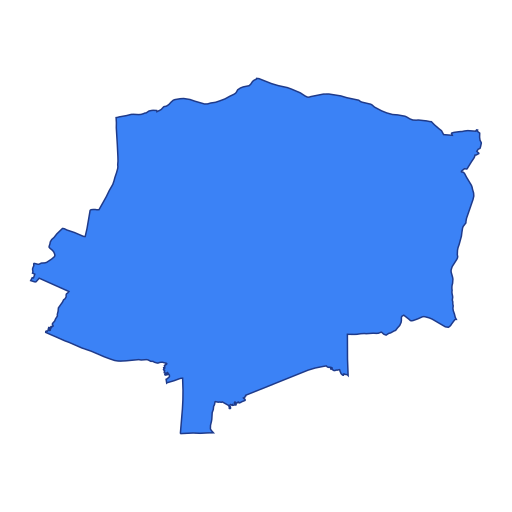 outline of Boghicea, Neamt, Romania
{"feature_id": "2599482B80770086652967", "entity_name": "Boghicea", "entity_type": "district", "adm_level": 2, "iso_a3": "ROU", "parent_name": "Romania", "parent_adm1": "Neamt", "projection": "orthographic", "projection_center": [27.101, 47.06], "detail": "fine", "context": "isolated", "style": "filled", "palette": "blue", "viewbox_px": 512, "rotation_deg": 0, "n_neighbors": 0, "source": "geoboundaries", "source_scale": "gbopen_adm2", "svg_char_len": 5991}
<svg xmlns="http://www.w3.org/2000/svg" viewBox="0 0 512 512"><path d="M479.7,133.1L477.0,131.0L477.6,130.1L476.8,129.8L476.3,130.2L475.6,131.2L467.8,130.6L464.4,131.0L462.2,131.5L459.8,131.6L453.9,132.4L451.8,133.0L451.5,133.3L452.3,135.3L443.6,134.6L441.5,130.7L439.3,129.0L434.4,124.8L431.4,121.7L430.0,121.6L426.5,120.9L418.3,120.0L416.1,120.2L412.8,120.0L409.9,118.9L406.7,117.0L404.9,116.2L397.7,114.9L392.5,114.5L386.7,112.9L381.5,110.8L374.5,107.1L372.0,104.9L370.7,104.2L361.8,102.1L360.6,101.6L358.7,100.2L346.8,97.7L340.8,95.9L328.8,94.0L323.3,94.1L310.7,96.6L309.0,97.2L307.4,97.1L305.1,96.0L300.4,92.9L291.5,89.1L287.4,87.6L278.2,85.6L271.5,83.6L258.9,78.6L256.6,78.4L256.4,79.1L254.1,80.2L252.6,81.4L250.8,84.1L249.1,85.7L243.2,86.9L240.4,88.0L237.7,89.8L236.2,92.5L235.3,93.4L233.9,94.3L229.9,96.2L225.0,98.9L219.7,100.9L215.5,102.3L210.7,103.0L207.7,103.9L204.6,104.0L194.9,101.2L190.0,99.5L183.7,98.5L180.3,98.7L174.9,99.6L173.3,100.2L171.1,102.1L169.1,104.3L167.9,105.2L166.3,106.2L164.1,106.6L163.6,106.9L161.3,109.4L160.2,110.1L156.9,111.7L156.7,110.5L153.1,110.3L151.4,110.5L149.0,111.0L146.2,112.9L144.7,113.1L143.4,113.7L141.1,114.4L138.7,114.6L133.3,114.3L131.2,114.4L126.5,115.6L119.2,116.9L117.5,117.4L116.1,117.6L116.4,122.9L116.3,127.8L117.3,144.3L117.9,156.6L118.0,161.1L117.7,164.9L117.9,166.7L117.7,168.5L116.5,172.8L114.9,177.5L114.0,180.9L112.8,184.4L109.3,190.5L106.4,196.5L99.0,209.7L96.9,209.8L95.3,209.5L93.0,209.5L91.3,209.7L90.5,210.0L90.1,210.5L87.0,228.6L85.2,236.5L84.1,236.5L83.0,236.2L74.4,232.5L66.9,230.0L64.5,228.8L62.7,228.4L62.2,228.7L56.8,233.9L54.1,237.4L51.6,239.6L51.1,240.7L50.6,241.2L50.2,242.3L50.0,243.7L49.1,246.5L49.1,247.2L49.9,248.2L52.6,250.5L53.9,252.2L54.6,254.0L54.9,255.3L54.5,256.6L51.6,259.1L46.6,262.4L44.7,262.9L41.3,263.1L39.1,264.2L38.0,264.3L34.4,263.4L33.9,263.5L33.7,263.9L33.8,265.6L33.6,266.2L33.0,267.5L32.6,268.8L32.6,269.8L32.9,271.4L32.8,272.5L32.5,273.1L34.8,274.2L33.5,277.9L33.1,278.0L32.2,277.7L30.7,280.6L34.5,281.8L35.6,281.9L36.1,281.7L39.2,278.2L68.9,291.5L67.7,293.0L66.5,293.8L66.1,295.0L66.2,296.4L65.8,297.5L64.9,298.9L63.6,299.8L62.5,302.1L58.4,307.9L58.1,311.2L57.3,314.4L57.4,316.0L55.5,319.0L54.7,321.0L52.5,323.5L52.4,324.7L53.0,325.3L53.1,325.7L52.9,326.3L51.4,326.5L51.7,327.2L51.0,328.1L50.2,327.3L50.0,327.5L49.9,328.2L49.7,328.2L49.1,327.7L48.7,327.6L48.7,328.0L49.0,328.9L48.3,328.9L48.2,329.1L48.2,329.4L48.7,329.6L50.2,329.4L50.4,329.6L50.3,330.2L49.8,330.5L49.6,330.4L49.4,329.7L49.2,329.7L48.7,330.2L48.1,330.3L47.4,331.2L46.3,331.0L45.8,331.4L45.7,332.4L65.0,340.9L68.6,342.2L81.9,348.0L91.0,351.1L104.0,356.7L110.2,359.0L114.7,360.5L118.0,361.0L120.4,361.1L126.2,360.8L138.7,359.6L141.2,360.0L146.5,359.6L148.1,359.9L150.7,361.3L153.1,361.4L154.3,362.2L156.7,362.9L157.9,363.1L159.9,362.4L162.5,362.2L163.3,362.5L166.5,363.3L166.8,363.7L166.5,364.3L165.5,364.6L165.4,364.7L165.5,364.9L165.5,365.1L164.6,365.3L164.4,365.5L164.8,367.0L164.6,367.4L163.7,367.6L163.8,368.1L164.5,368.3L163.5,369.4L163.7,370.0L164.6,370.4L164.6,371.0L164.2,372.2L164.3,372.7L165.4,373.0L165.4,373.4L164.8,374.4L164.9,374.8L165.6,375.1L167.3,374.7L166.6,373.8L166.5,373.4L166.7,373.0L167.5,372.5L169.4,375.1L169.5,376.3L169.3,376.9L167.0,378.9L166.1,379.3L166.7,383.1L167.2,382.7L174.1,380.7L179.2,378.8L180.9,378.3L182.6,378.2L183.0,390.1L182.9,399.8L182.4,409.2L180.4,433.1L180.8,433.6L193.1,433.0L200.1,433.3L207.7,432.9L213.4,432.8L211.6,430.8L210.5,429.2L210.4,428.5L210.5,425.3L211.5,421.1L211.8,419.2L212.2,412.6L213.3,409.5L213.6,406.4L214.5,404.6L215.0,401.9L215.4,401.6L218.3,402.2L219.6,402.0L221.4,402.3L222.3,401.9L228.5,405.4L229.3,406.9L229.3,407.6L229.2,408.2L229.4,408.5L230.0,408.6L230.5,408.3L230.5,407.1L230.2,406.5L229.6,406.0L229.5,405.6L230.5,404.5L231.4,405.0L232.3,404.6L232.3,405.3L232.7,405.4L234.6,404.9L235.7,405.0L236.1,404.8L236.1,404.2L235.0,404.1L234.3,403.2L234.5,402.5L234.9,402.0L235.3,402.1L236.0,402.9L236.5,403.0L237.2,402.9L238.0,402.1L238.4,402.0L238.7,402.2L239.0,402.9L239.4,402.9L240.8,402.4L241.4,401.9L244.9,400.5L245.2,400.1L245.0,399.3L243.7,398.4L243.4,398.0L244.8,397.3L245.2,396.3L245.8,395.9L245.7,395.3L246.3,395.0L308.2,370.1L315.2,368.0L323.3,366.4L326.3,365.9L327.3,366.9L328.2,367.3L330.9,367.3L331.0,367.6L330.6,368.6L330.7,369.0L331.0,369.1L331.3,368.8L331.7,367.8L332.0,367.9L332.2,368.0L332.1,369.3L332.2,369.5L333.8,370.5L334.8,370.6L336.1,370.1L337.5,370.1L339.4,369.6L339.7,369.8L340.0,371.1L341.1,373.7L342.6,375.1L343.4,375.2L343.5,374.1L344.0,373.8L344.7,374.3L347.3,374.7L348.1,375.5L347.5,359.1L347.4,334.3L354.4,334.4L356.9,334.3L360.7,333.7L364.3,333.5L366.2,333.7L373.3,333.2L376.6,333.4L378.5,333.2L381.2,332.1L381.8,332.4L383.8,334.2L386.1,335.1L388.7,333.4L390.6,332.9L394.2,330.9L395.6,330.4L397.5,327.9L399.7,325.5L401.1,322.4L401.4,320.5L401.4,317.7L401.6,316.8L402.1,316.1L403.8,315.2L408.8,319.1L410.3,320.5L411.1,320.8L412.9,320.6L417.7,318.9L422.4,316.8L423.4,316.6L424.9,316.7L429.3,317.9L432.3,319.2L445.3,326.8L448.4,327.3L449.8,326.3L451.0,325.0L451.5,324.1L454.8,319.7L455.6,319.4L456.3,319.4L455.3,317.5L454.4,313.9L453.3,310.8L452.9,308.4L453.2,305.8L452.8,304.1L452.8,301.8L452.3,300.1L452.7,297.3L452.6,296.1L452.1,293.9L451.9,292.0L452.1,290.3L451.9,288.7L451.9,286.7L452.1,285.1L452.6,283.3L452.9,279.1L452.6,277.3L451.2,272.3L451.1,271.5L451.1,270.1L451.8,267.7L452.3,266.4L456.9,259.2L457.5,257.8L457.7,256.5L457.3,254.7L457.5,250.2L458.0,247.7L459.1,244.6L461.4,236.2L461.9,232.2L462.6,227.9L463.2,226.4L465.9,222.9L465.9,221.8L466.5,218.4L473.0,199.5L473.8,196.1L473.6,193.0L472.5,189.2L472.1,187.2L471.4,185.3L466.5,177.2L464.5,173.4L463.4,172.3L461.8,172.0L461.4,171.8L461.4,171.6L462.0,170.6L463.7,169.4L464.4,168.7L466.7,169.0L467.1,168.8L471.4,161.8L473.9,158.1L474.6,156.7L475.0,155.1L476.2,155.0L478.8,153.6L478.8,153.2L476.8,151.3L478.2,149.2L479.8,148.5L480.1,148.2L480.7,146.1L481.3,143.2L481.2,142.5L480.0,140.2L479.6,137.2L479.7,133.1Z" fill="#3b82f6" stroke="#1e3a8a" stroke-width="1.5"/></svg>